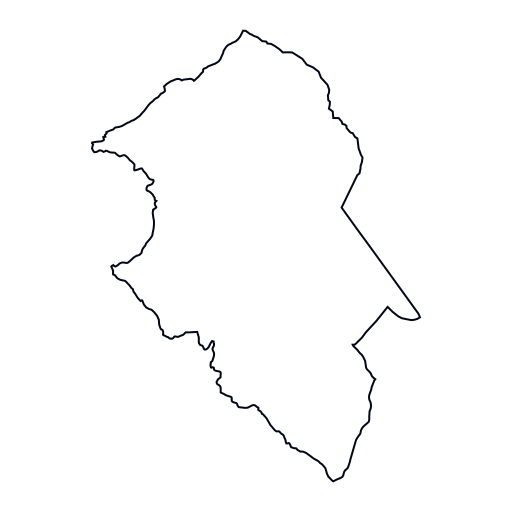 outline of Togüí, Boyacá, Colombia
{"feature_id": "7082276B31863850614699", "entity_name": "Togüí", "entity_type": "district", "adm_level": 2, "iso_a3": "COL", "parent_name": "Colombia", "parent_adm1": "Boyacá", "projection": "natural_earth1", "projection_center": [-73.509, 5.918], "detail": "fine", "context": "isolated", "style": "outline", "palette": "ink", "viewbox_px": 512, "rotation_deg": 0, "n_neighbors": 0, "source": "geoboundaries", "source_scale": "gbopen_adm2", "svg_char_len": 6041}
<svg xmlns="http://www.w3.org/2000/svg" viewBox="0 0 512 512"><path d="M243.0,30.7L242.0,32.9L240.0,36.8L238.1,39.2L236.6,40.6L235.5,41.4L231.8,43.1L230.4,44.0L229.0,44.5L227.7,45.4L226.5,46.5L225.1,48.5L223.6,50.9L223.1,53.0L221.0,57.7L220.6,58.8L218.9,61.2L217.7,62.1L214.9,63.8L213.3,64.3L207.8,66.5L207.4,67.0L206.6,67.6L203.8,68.8L203.2,69.5L203.0,71.8L201.4,73.3L198.6,76.6L194.3,80.6L193.9,80.8L193.0,79.7L190.7,78.8L183.7,79.6L181.8,80.4L181.0,79.8L179.8,79.2L177.5,78.9L175.0,79.6L173.1,80.5L171.5,81.0L169.7,82.0L166.9,83.8L164.1,86.4L164.8,89.3L164.9,91.1L163.7,92.3L161.8,93.4L161.1,93.5L158.1,97.2L155.5,98.6L154.4,99.5L152.7,101.3L150.2,103.2L148.1,105.6L146.7,107.6L144.1,111.0L142.7,112.4L139.8,115.8L135.4,119.0L133.9,120.0L131.5,120.8L129.1,122.3L127.7,122.7L122.3,125.8L119.6,126.8L115.6,127.5L114.8,127.8L113.8,128.9L113.0,129.6L110.2,130.5L106.3,132.2L106.6,133.3L106.5,133.5L105.1,134.8L104.8,135.3L104.8,135.7L105.4,136.6L105.4,136.8L103.3,137.1L104.0,139.7L103.5,140.3L101.6,141.3L96.2,141.8L92.2,142.5L92.0,143.1L93.1,144.6L92.6,145.9L92.0,148.5L93.0,150.5L94.2,152.1L95.6,152.1L96.9,151.8L99.5,150.4L100.5,150.4L102.2,151.0L103.6,151.9L105.5,151.0L105.9,150.7L106.9,150.9L109.9,152.3L111.3,152.5L114.7,152.7L115.4,153.1L116.2,154.0L118.1,155.5L119.8,156.4L120.9,156.1L121.6,155.8L123.4,155.2L124.4,155.2L125.3,155.5L127.5,157.4L130.1,160.5L131.5,161.4L133.5,163.3L134.4,164.5L134.5,165.4L134.2,168.0L134.3,170.2L134.7,170.4L137.7,169.6L140.1,168.7L141.3,168.4L142.0,168.6L143.8,171.4L146.0,173.7L148.3,177.5L149.0,178.3L149.7,179.0L151.6,179.7L152.6,179.8L153.3,180.1L153.5,180.5L153.6,181.3L153.2,182.2L152.3,183.8L150.8,184.7L148.2,185.5L147.3,186.2L146.6,187.9L146.5,188.9L146.6,190.0L147.0,190.5L149.5,191.7L150.4,192.3L152.7,194.6L153.5,196.1L154.7,197.7L154.6,198.5L154.9,200.0L156.0,200.9L156.3,201.0L154.9,202.4L154.8,203.7L154.9,204.5L155.2,205.3L156.3,207.1L155.7,208.0L153.5,209.4L153.0,209.9L153.0,210.3L153.2,210.6L152.8,211.9L152.7,212.9L153.4,218.1L153.9,220.4L154.0,223.3L153.9,225.6L153.5,229.2L152.6,233.3L152.5,234.5L152.1,235.8L150.2,238.7L146.5,242.9L145.9,243.9L145.1,245.9L144.4,246.5L142.9,248.6L142.0,250.3L141.5,252.9L139.6,254.7L139.1,255.1L136.8,255.7L134.8,256.8L133.5,257.7L129.3,261.6L127.8,262.7L126.6,263.0L123.3,262.5L121.7,262.6L120.0,263.3L118.9,264.1L118.2,264.9L116.0,266.3L115.4,266.5L114.9,266.3L113.9,265.8L113.4,265.1L112.1,265.7L111.3,266.5L113.1,270.7L113.0,274.0L113.4,274.7L114.0,274.7L114.9,275.2L117.4,278.3L120.5,279.9L124.8,280.8L125.2,281.0L126.2,281.9L129.8,285.7L131.5,288.1L132.9,289.2L133.5,291.7L135.0,293.5L137.8,298.0L140.6,301.0L141.9,300.3L142.6,301.1L143.1,302.7L143.9,304.5L146.1,307.4L149.0,309.0L151.5,309.7L153.6,311.6L155.6,313.9L157.2,316.0L158.8,319.7L159.2,324.6L160.4,328.2L161.1,329.3L162.2,329.7L162.6,330.2L163.1,331.3L163.2,333.0L163.0,334.7L163.2,334.9L167.0,336.9L167.8,337.0L169.4,338.3L170.5,338.7L171.9,338.7L172.6,338.5L173.6,337.6L174.1,336.9L174.9,336.4L177.9,336.9L183.0,334.9L183.8,334.3L185.1,332.8L186.0,332.3L188.7,332.4L197.2,331.9L198.8,337.4L198.8,342.0L199.1,343.4L199.8,344.5L200.4,345.1L202.0,345.5L202.5,345.9L202.9,346.4L204.1,349.1L204.7,349.6L206.1,349.4L207.5,348.4L208.5,347.3L211.0,342.5L212.1,341.0L212.8,341.4L213.6,341.5L213.6,342.5L214.0,343.8L214.0,345.0L213.7,346.2L213.2,347.0L212.5,348.8L212.6,349.6L213.4,351.6L213.8,352.4L214.1,353.4L214.0,355.7L212.3,361.1L210.8,362.2L210.7,363.2L210.8,364.0L210.5,364.5L210.5,365.2L210.9,367.3L211.2,367.6L211.6,367.7L212.5,367.2L213.5,367.5L213.9,367.9L214.0,369.5L214.7,370.3L215.9,370.8L219.4,371.5L220.3,372.0L220.6,372.4L220.8,373.2L220.5,376.0L220.6,377.1L220.4,377.5L217.8,379.5L217.3,380.8L216.7,381.5L216.6,382.5L217.0,383.7L217.6,384.4L218.8,385.0L220.1,386.1L220.7,387.9L220.7,392.5L224.1,394.1L225.9,395.2L231.0,396.9L231.6,397.5L231.8,399.0L231.6,399.9L231.9,401.1L232.3,401.6L233.5,402.3L236.1,403.0L236.7,403.4L237.2,404.2L237.5,405.5L238.6,407.0L239.1,407.2L245.4,407.9L247.8,407.6L252.1,405.4L252.9,405.1L254.5,405.1L256.2,406.2L256.7,406.8L258.4,407.7L258.5,408.2L258.2,409.0L258.4,410.1L260.1,411.0L260.7,411.5L261.6,412.7L261.9,413.8L262.7,414.1L263.4,414.7L265.7,417.3L266.6,418.4L268.4,421.5L270.3,424.9L274.7,430.1L276.3,431.3L278.7,431.3L279.3,431.5L281.0,433.4L282.9,434.7L283.7,435.7L284.1,436.5L284.2,437.2L285.4,439.8L285.9,442.3L286.3,443.4L287.0,443.5L288.4,443.1L289.2,443.2L290.1,444.7L291.1,447.2L294.2,448.2L296.3,448.4L297.3,449.7L297.9,450.2L300.5,451.6L303.0,451.6L306.2,453.0L313.8,458.6L318.3,461.1L320.1,463.0L322.2,464.4L325.4,468.2L326.9,473.5L328.3,476.5L332.1,480.5L333.3,481.3L337.0,479.4L339.6,478.4L342.2,477.0L343.2,475.5L344.1,472.1L345.0,470.5L347.5,468.2L348.2,466.9L349.9,461.7L350.4,459.4L356.0,440.1L357.6,437.3L360.3,433.7L360.9,430.8L361.3,429.6L362.1,428.2L363.0,427.0L364.3,425.7L367.7,422.8L368.7,421.8L369.1,420.5L369.3,418.7L369.2,417.0L369.6,411.1L370.2,409.9L370.7,408.4L371.0,406.0L370.9,404.1L370.4,402.0L369.3,399.6L369.0,397.3L369.2,395.3L369.8,393.4L371.3,389.4L371.5,387.6L374.3,380.5L375.3,379.2L373.6,377.9L372.2,376.5L371.5,375.2L370.7,373.3L369.7,372.0L366.8,369.1L366.1,367.7L365.1,360.7L364.1,358.9L363.1,356.7L361.8,354.8L359.8,353.0L356.9,349.4L353.4,346.1L352.7,344.7L354.7,344.6L355.4,344.1L362.0,337.6L365.6,332.6L376.5,320.8L387.6,306.9L392.9,312.1L398.5,316.5L402.1,318.3L411.3,320.1L414.2,319.8L417.5,318.8L420.0,317.3L418.3,313.5L369.6,246.2L356.6,228.5L341.6,207.6L357.3,175.2L359.5,173.3L360.5,168.4L360.6,166.1L362.0,161.7L362.5,157.5L360.9,154.7L358.6,148.2L357.4,138.4L355.0,137.0L352.8,133.3L350.5,132.5L348.9,130.8L346.7,128.2L346.3,125.8L344.9,124.6L342.4,123.9L341.8,121.8L338.7,118.1L333.3,118.0L332.7,111.4L328.9,108.7L329.8,104.5L329.9,101.7L328.3,100.2L327.9,95.4L329.0,92.5L329.2,89.6L327.4,84.7L321.0,77.7L318.6,71.6L312.9,67.3L306.8,64.7L302.3,58.8L292.1,52.4L286.6,52.3L282.8,52.4L279.4,49.2L274.8,46.0L271.1,43.9L267.4,43.5L266.3,41.6L262.2,41.1L257.7,37.3L253.6,35.8L251.7,34.6L250.0,34.0L245.8,30.9L243.0,30.7Z" fill="none" stroke="#020617" stroke-width="2"/></svg>